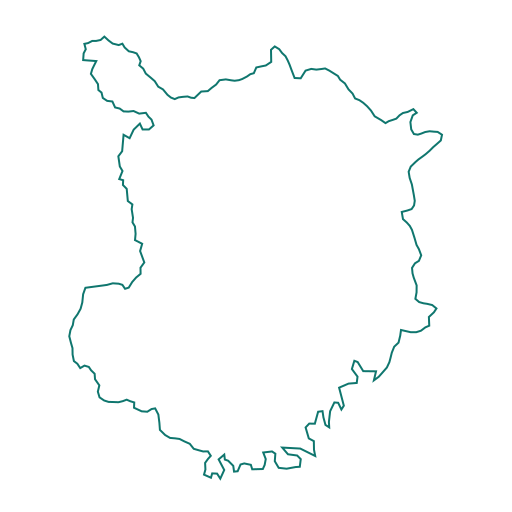 Ipê, Rio Grande do Sul, Brazil, rotated 179°
{"feature_id": "56859067B62664054326026", "entity_name": "Ipê", "entity_type": "district", "adm_level": 2, "iso_a3": "BRA", "parent_name": "Brazil", "parent_adm1": "Rio Grande do Sul", "projection": "equal_earth", "projection_center": [-51.295, -28.718], "detail": "fine", "context": "isolated", "style": "outline", "palette": "teal", "viewbox_px": 512, "rotation_deg": 179, "n_neighbors": 0, "source": "geoboundaries", "source_scale": "gbopen_adm2", "svg_char_len": 4035}
<svg xmlns="http://www.w3.org/2000/svg" viewBox="0 0 512 512"><g transform="rotate(179 256 256)"><path d="M84.0,183.3L84.2,192.0L79.1,196.6L76.5,200.4L80.7,203.9L85.8,205.2L89.4,205.8L93.7,207.1L97.4,210.4L96.1,216.8L95.9,223.8L98.7,231.7L99.8,235.9L100.2,241.4L97.2,245.9L93.2,248.3L90.8,253.8L93.0,260.0L95.3,264.3L97.1,271.0L99.6,279.4L101.7,283.4L104.7,286.9L108.4,290.3L109.5,297.5L104.0,298.8L99.6,300.2L97.1,303.8L96.3,308.4L97.1,314.0L98.9,324.8L101.0,331.4L101.9,337.6L99.7,342.7L95.0,347.1L91.9,349.7L88.0,352.4L84.8,354.7L80.7,358.1L77.0,361.7L73.5,364.6L69.2,368.3L67.9,374.0L72.2,376.9L75.8,377.2L80.2,377.7L84.7,377.0L88.7,375.5L92.1,374.5L96.0,375.2L98.6,379.9L99.3,387.2L96.8,393.9L92.8,396.4L96.1,400.1L101.8,397.4L106.6,396.4L110.0,394.2L113.3,390.9L116.9,389.7L120.9,388.5L124.2,386.6L128.5,389.7L134.9,393.6L138.5,399.4L142.3,403.8L146.1,407.3L149.9,410.0L154.2,411.8L156.6,416.7L160.6,421.0L164.1,427.0L168.8,430.8L171.0,434.6L174.1,436.6L179.5,440.1L183.6,442.3L187.5,441.8L192.4,441.3L197.5,442.1L203.2,440.5L208.2,432.9L214.3,433.3L217.1,441.0L219.1,446.7L220.8,450.8L223.0,455.2L226.4,458.5L229.2,462.4L233.6,465.2L237.4,461.9L237.4,456.2L237.4,449.8L242.9,446.3L247.4,445.5L252.4,444.5L255.0,438.8L258.5,437.9L261.9,435.6L266.7,433.2L270.0,432.1L274.3,431.6L277.7,432.1L283.1,433.1L289.4,432.4L292.9,428.1L297.4,424.9L301.3,421.7L307.9,421.4L314.8,415.0L318.2,415.4L321.6,416.7L326.4,416.4L330.7,415.9L334.5,414.3L338.3,415.9L341.7,418.7L346.1,424.2L350.8,427.0L354.2,432.6L358.1,436.1L363.0,440.3L365.5,445.3L369.4,448.7L367.9,452.8L369.6,456.8L371.8,460.6L375.3,461.9L379.6,462.9L383.7,466.8L385.9,470.6L389.6,469.3L395.6,470.9L399.7,474.1L403.8,478.0L407.6,474.7L412.3,473.8L416.0,473.9L420.2,471.8L423.9,471.1L422.6,465.7L424.8,461.6L425.4,454.9L420.1,454.4L412.3,453.7L414.4,449.7L416.4,445.8L417.9,441.0L414.0,435.3L411.0,430.6L410.7,424.7L407.6,422.1L406.4,416.7L402.1,413.7L396.9,413.0L394.3,407.0L389.7,405.8L385.9,402.9L381.1,402.6L375.9,403.1L370.3,400.4L363.6,401.1L361.1,397.2L358.1,394.2L356.1,388.4L360.8,384.4L367.2,384.5L369.8,390.4L376.1,384.5L380.3,376.0L386.3,379.5L388.0,363.1L391.9,358.1L390.6,347.9L388.0,343.3L391.4,335.3L387.5,334.1L387.8,329.3L384.1,325.4L383.2,313.2L378.7,309.7L379.5,305.0L378.3,296.3L378.9,291.8L376.5,287.6L376.0,280.2L376.7,274.0L369.6,270.2L371.8,263.0L367.8,251.5L371.7,246.3L371.7,240.2L376.2,236.6L380.2,232.2L383.8,226.6L387.5,225.5L390.1,229.5L393.8,230.7L399.7,231.2L405.5,229.7L409.6,229.2L427.1,227.2L429.5,220.8L430.5,212.5L432.3,206.3L435.4,200.9L439.3,195.7L440.4,190.0L442.8,185.2L444.1,179.0L442.5,172.3L441.1,167.1L441.1,160.6L439.9,154.1L436.5,151.4L433.7,147.0L429.4,149.4L425.1,148.0L422.9,144.6L419.4,141.1L419.1,135.6L414.9,129.4L416.5,123.1L414.9,117.4L410.4,114.2L406.0,112.7L401.5,112.5L396.1,112.2L391.7,113.2L387.8,114.6L384.3,113.0L380.3,111.7L380.6,106.4L376.7,104.5L373.0,102.7L367.4,102.2L363.1,104.8L359.5,105.4L356.4,99.2L355.5,90.8L355.1,83.8L350.0,78.6L345.1,75.6L340.1,75.1L335.6,74.4L330.9,71.9L325.5,69.4L321.6,64.3L316.4,62.7L312.3,61.5L307.5,61.5L304.7,57.0L307.5,54.0L310.5,50.0L310.3,43.4L311.8,38.3L304.9,35.1L303.6,39.4L298.7,39.1L295.6,34.0L291.5,42.6L296.9,53.3L291.2,58.0L290.7,53.0L287.4,51.8L282.4,46.6L281.7,40.8L278.1,41.1L275.1,47.8L271.4,48.8L264.8,47.3L263.5,42.8L252.9,42.9L251.0,46.9L249.8,52.8L252.2,59.4L243.4,60.3L240.1,58.0L240.8,50.5L237.0,43.8L229.1,42.8L220.1,44.3L215.9,44.5L214.8,52.1L218.3,55.8L227.5,57.2L233.1,64.0L215.1,62.7L200.3,55.0L201.4,61.3L201.4,69.9L206.4,72.7L209.4,83.7L205.7,87.5L200.1,87.3L196.6,99.2L192.2,99.7L191.4,93.5L189.5,85.9L185.8,83.4L186.0,88.8L184.6,99.5L180.2,108.2L176.4,107.8L173.3,101.0L170.8,104.8L175.2,122.9L165.7,126.8L157.5,127.3L156.6,133.6L162.1,141.3L159.5,149.5L156.2,148.2L150.8,139.0L138.0,138.6L140.3,129.6L135.4,133.1L132.0,136.8L127.1,142.2L124.5,147.5L123.3,151.7L121.9,157.0L119.4,162.9L115.0,166.9L113.2,173.8L112.3,179.5L107.5,178.3L102.6,177.1L97.2,177.0L92.4,178.4L87.9,181.7L84.0,183.3Z" fill="none" stroke="#0f766e" stroke-width="2"/></g></svg>